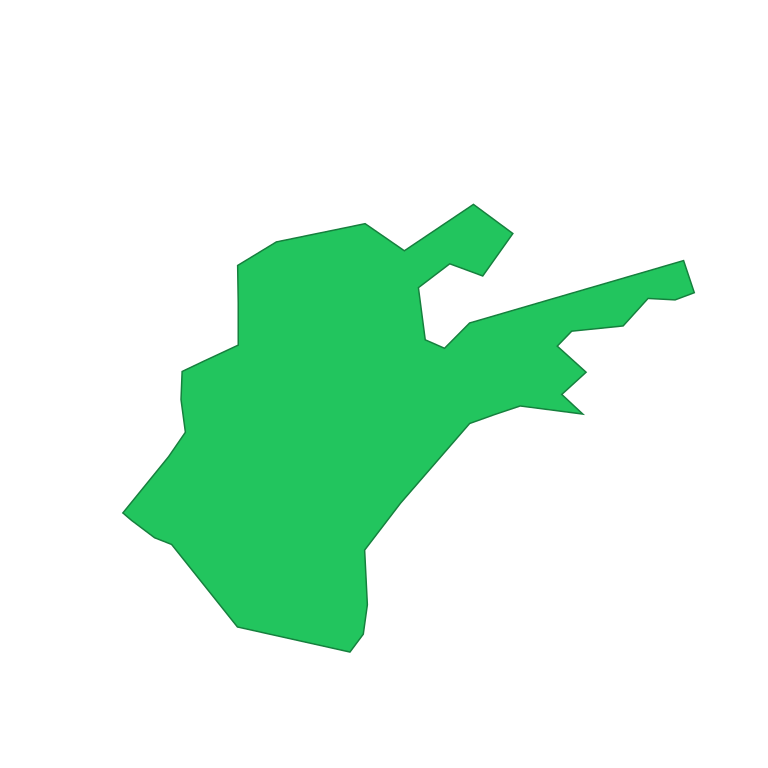 the district of Zafarabad, Jizzakh, Uzbekistan, rotated 128°
{"feature_id": "79887680B9171225127728", "entity_name": "Zafarabad", "entity_type": "district", "adm_level": 2, "iso_a3": "UZB", "parent_name": "Uzbekistan", "parent_adm1": "Jizzakh", "projection": "natural_earth1", "projection_center": [67.736, 40.329], "detail": "fine", "context": "isolated", "style": "filled", "palette": "green", "viewbox_px": 768, "rotation_deg": 128, "n_neighbors": 0, "source": "geoboundaries", "source_scale": "gbopen_adm2", "svg_char_len": 687}
<svg xmlns="http://www.w3.org/2000/svg" viewBox="0 0 768 768"><g transform="rotate(128 384 384)"><path d="M338.3,556.3L380.7,572.3L409.7,548.9L443.1,522.8L476.6,539.9L498.4,550.8L521.2,534.4L544.3,510.8L573.9,509.0L646.4,510.4L646.9,498.9L646.4,470.1L641.2,452.6L665.7,349.9L616.2,245.8L593.9,246.3L568.2,261.2L526.8,297.0L467.5,297.6L362.4,292.2L340.7,278.5L317.5,263.2L285.3,208.8L282.8,237.5L250.3,232.0L247.5,270.8L226.8,268.6L191.0,231.3L154.0,228.6L138.5,206.4L121.0,195.7L102.3,223.9L283.2,354.1L318.6,358.3L323.8,378.7L286.9,416.2L248.8,406.2L238.1,372.7L186.1,375.1L187.4,424.1L266.5,450.0L269.3,497.6L338.3,556.3Z" fill="#22c55e" stroke="#15803d" stroke-width="1.5"/></g></svg>